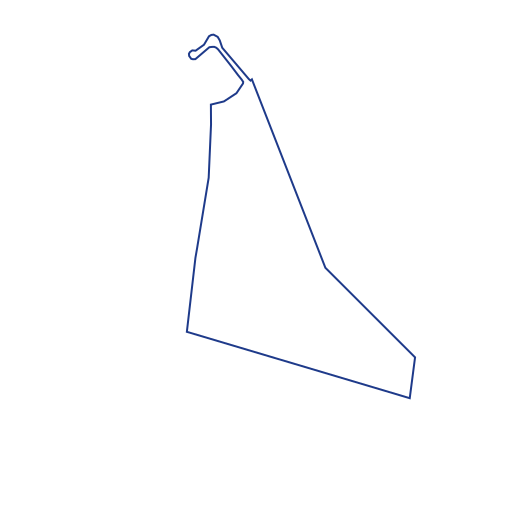 outline of 18-19, Ad Dawhah, Qatar, rotated 324°
{"feature_id": "91078587B2684025593760", "entity_name": "18-19", "entity_type": "district", "adm_level": 2, "iso_a3": "QAT", "parent_name": "Qatar", "parent_adm1": "Ad Dawhah", "projection": "natural_earth1", "projection_center": [51.554, 25.282], "detail": "fine", "context": "isolated", "style": "outline", "palette": "blue", "viewbox_px": 512, "rotation_deg": 324, "n_neighbors": 0, "source": "geoboundaries", "source_scale": "gbopen_adm2", "svg_char_len": 646}
<svg xmlns="http://www.w3.org/2000/svg" viewBox="0 0 512 512"><g transform="rotate(324 256 256)"><path d="M296.8,461.4L325.1,431.5L305.2,306.3L356.5,110.7L354.7,110.9L354.2,108.7L351.1,67.7L353.4,60.3L353.8,56.2L351.8,52.0L349.8,50.9L347.1,50.6L346.2,51.0L338.1,54.5L327.8,54.4L325.3,52.2L322.3,52.2L320.6,53.0L319.5,54.9L319.5,58.4L320.7,59.8L322.7,61.1L340.7,59.7L341.0,59.7L343.2,60.9L345.2,62.3L346.3,64.2L346.8,66.6L347.6,87.9L347.8,99.0L348.1,104.6L348.0,107.6L346.9,108.8L335.9,112.8L320.9,112.1L308.5,107.0L296.9,123.2L263.7,164.9L212.9,215.1L206.0,221.8L155.5,276.7L296.8,461.4Z" fill="none" stroke="#1e3a8a" stroke-width="2"/></g></svg>